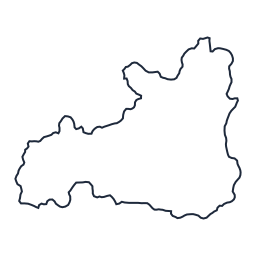 the district of Marliéria, Minas Gerais, Brazil
{"feature_id": "56859067B52774594546831", "entity_name": "Marliéria", "entity_type": "district", "adm_level": 2, "iso_a3": "BRA", "parent_name": "Brazil", "parent_adm1": "Minas Gerais", "projection": "mercator", "projection_center": [-42.627, -19.682], "detail": "fine", "context": "isolated", "style": "outline", "palette": "slate", "viewbox_px": 256, "rotation_deg": 0, "n_neighbors": 0, "source": "geoboundaries", "source_scale": "gbopen_adm2", "svg_char_len": 3763}
<svg xmlns="http://www.w3.org/2000/svg" viewBox="0 0 256 256"><path d="M209.6,38.2L207.5,37.5L205.0,38.3L203.0,38.9L200.2,38.5L198.2,40.8L198.3,43.6L196.9,45.3L195.5,47.0L194.2,48.5L191.7,48.3L188.6,49.4L186.1,51.8L184.3,53.7L183.2,55.8L181.8,57.6L181.5,59.9L181.9,62.4L182.6,64.4L182.5,66.7L180.5,69.0L179.6,71.2L179.2,73.3L177.7,75.5L176.5,77.9L174.2,79.3L171.0,79.6L167.6,79.2L165.1,78.2L163.1,77.8L160.8,76.8L159.6,73.6L157.7,71.7L155.4,72.0L152.5,72.4L148.8,72.4L145.6,70.7L143.2,68.1L141.3,66.2L139.3,64.8L136.9,62.9L134.3,62.5L131.9,63.2L130.1,65.0L127.8,66.7L125.8,67.0L124.5,68.9L122.8,70.6L123.7,72.7L124.4,75.2L124.1,78.6L126.6,78.5L127.6,81.1L127.8,84.1L128.8,86.1L131.0,88.0L132.6,90.1L134.9,91.6L136.3,93.6L139.0,94.7L141.1,95.7L141.0,98.3L138.4,99.0L136.4,100.0L135.0,102.3L134.9,105.3L134.0,107.3L132.4,108.5L130.6,109.2L128.3,108.9L126.2,108.9L124.1,111.4L123.2,114.8L122.9,118.4L120.9,120.6L119.1,121.9L116.8,123.2L114.8,123.4L111.8,124.2L109.0,125.2L106.8,125.9L104.3,126.7L102.0,127.7L99.8,126.7L97.3,127.0L95.4,128.2L93.8,129.6L92.4,131.4L91.5,133.7L88.2,133.8L85.7,133.1L83.5,132.2L82.8,128.4L81.3,126.7L78.8,128.4L76.2,129.1L74.6,127.4L74.2,123.8L73.5,121.5L72.4,119.5L70.6,117.3L67.9,116.4L65.0,116.1L62.5,118.5L60.9,121.1L59.3,123.2L59.0,125.7L59.5,127.8L59.5,131.1L58.4,133.3L55.8,132.3L53.2,133.0L51.4,134.8L49.2,135.6L46.7,136.4L44.0,137.1L41.9,139.0L40.3,140.9L38.4,141.7L36.3,141.3L34.1,141.2L31.8,141.4L29.4,141.2L27.8,143.5L28.5,146.6L27.0,148.5L25.2,149.7L25.1,152.0L23.8,154.1L22.4,156.8L23.1,159.7L24.3,162.5L23.5,164.6L21.2,166.2L19.7,168.5L18.6,170.6L18.0,173.5L16.5,175.8L15.4,178.8L16.3,181.5L17.5,184.2L20.6,186.1L21.4,189.1L21.9,191.5L20.5,194.5L20.0,198.2L19.2,201.0L21.0,203.4L24.6,203.4L28.1,203.7L31.5,204.9L34.1,206.0L36.2,207.1L38.3,207.9L39.1,205.1L41.5,203.6L43.8,204.3L46.3,204.1L47.3,201.2L49.5,199.6L52.4,199.5L54.6,201.4L55.9,203.7L58.2,205.4L60.0,206.6L62.4,207.2L65.3,206.6L68.2,204.9L69.6,202.1L70.3,199.8L70.2,196.3L69.2,194.4L68.7,192.3L70.4,190.5L71.6,188.6L72.9,186.7L74.3,184.8L76.2,182.6L79.5,182.5L82.8,182.4L85.5,181.9L88.9,182.2L91.1,184.6L92.4,186.2L92.5,188.7L92.8,190.9L92.8,193.5L94.0,196.2L97.2,197.4L99.5,196.5L101.7,197.2L104.1,196.9L107.2,195.9L110.0,195.3L111.8,196.9L113.6,199.0L115.1,201.5L116.3,204.2L119.2,203.6L121.8,201.8L124.7,202.5L129.5,202.9L132.1,202.9L134.7,202.9L138.4,202.9L141.7,203.2L144.3,203.1L147.3,203.2L149.4,204.7L151.0,206.5L152.5,208.2L154.4,209.6L156.4,209.7L158.7,209.3L160.6,209.6L162.7,209.8L165.6,210.8L168.7,211.0L171.1,211.2L171.0,213.7L172.7,215.9L175.6,217.0L177.4,218.1L180.3,217.7L182.7,216.6L184.5,215.5L186.9,214.5L190.4,214.2L193.0,214.1L195.1,214.6L198.4,215.6L200.7,217.7L203.5,218.5L206.6,217.7L208.9,215.5L210.5,214.0L212.3,213.0L214.2,211.5L216.8,210.3L217.5,207.7L219.6,205.7L222.1,205.9L224.0,204.0L227.1,202.6L229.8,202.2L231.9,201.2L233.9,199.4L234.8,197.3L234.7,194.9L232.7,191.5L233.3,187.7L233.9,185.1L235.7,181.9L237.7,179.6L239.5,177.6L240.4,175.0L240.6,172.3L240.3,170.3L239.5,168.0L238.4,165.9L237.5,163.8L237.1,160.6L234.6,158.4L231.7,158.0L229.0,156.8L228.0,154.7L227.3,152.0L226.6,148.8L226.1,146.5L225.9,144.1L226.4,140.8L226.1,137.9L224.9,134.8L224.5,130.7L224.7,126.3L226.3,123.3L226.8,120.7L227.7,118.2L228.6,115.9L229.5,113.5L231.3,110.8L233.6,108.4L235.2,106.8L236.1,104.6L236.9,102.5L237.9,100.6L237.3,98.3L234.8,98.3L232.6,99.0L229.9,98.7L227.6,96.3L226.6,93.9L227.8,91.4L228.9,88.9L229.6,86.4L230.4,84.5L231.5,82.2L231.5,79.0L230.5,76.8L230.0,74.5L229.8,71.2L229.1,68.7L229.2,66.3L231.5,63.7L232.9,61.0L232.9,58.3L232.0,55.3L230.6,52.9L228.9,51.0L226.3,49.8L222.9,48.9L220.1,48.3L218.0,48.2L214.9,49.1L212.6,51.5L210.6,51.3L210.2,47.5L209.8,43.9L209.4,40.9L209.6,38.2Z" fill="none" stroke="#1e293b" stroke-width="2"/></svg>